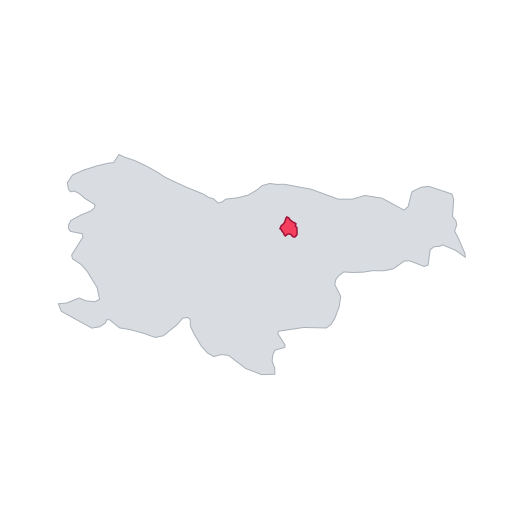 location of Velenje within Slovenia, rotated 16°
{"feature_id": "SVN-1001", "entity_name": "Velenje", "entity_type": "Municipality", "adm_level": 1, "iso_a3": "SVN", "parent_name": "Slovenia", "parent_adm1": "", "projection": "robinson", "projection_center": [15.138, 46.376], "detail": "fine", "context": "in_parent", "style": "filled", "palette": "rose", "viewbox_px": 512, "rotation_deg": 16, "n_neighbors": 0, "source": "natural_earth", "source_scale": "10m", "svg_char_len": 2182}
<svg xmlns="http://www.w3.org/2000/svg" viewBox="0 0 512 512"><g transform="rotate(16 256 256)"><path d="M457.5,199.5L446.1,195.5L432.4,193.9L429.9,196.0L424.4,198.2L421.7,202.0L423.9,217.2L420.6,219.7L405.0,218.3L399.9,220.0L391.5,230.5L382.9,235.0L371.8,238.1L363.7,241.9L353.4,245.2L344.7,247.2L341.2,251.8L339.1,256.9L339.7,261.8L348.6,271.5L349.9,281.9L348.9,294.5L346.9,301.3L343.4,305.8L321.4,311.6L298.6,322.0L298.1,324.4L308.5,333.6L308.9,335.9L300.3,341.1L299.4,346.4L300.4,352.5L305.0,358.8L306.7,364.4L294.1,368.5L277.1,367.0L257.0,359.1L249.9,360.3L243.1,364.3L236.1,362.6L228.4,357.8L217.6,347.7L212.3,341.5L210.2,335.0L207.2,334.0L202.7,335.9L199.0,343.9L188.9,358.2L181.5,362.1L170.2,361.3L154.5,361.5L144.7,362.7L132.8,357.6L129.9,358.6L129.8,361.9L125.3,367.1L118.0,370.6L84.0,362.8L79.2,356.4L86.9,353.4L97.6,345.1L104.9,346.0L113.7,344.3L117.6,340.8L112.1,330.3L98.1,317.4L90.6,312.5L80.3,309.2L78.5,305.8L84.4,285.4L82.7,282.5L70.9,283.5L68.2,281.3L67.3,277.8L68.1,273.0L76.1,265.1L85.0,258.0L87.4,254.1L87.1,251.0L75.8,247.9L69.0,244.7L63.6,243.6L59.9,245.4L57.2,243.4L54.5,237.5L57.3,228.6L67.5,220.3L78.5,213.0L88.0,207.7L93.5,205.4L96.2,196.2L101.8,197.2L113.0,197.7L125.5,199.7L137.1,202.3L147.4,205.5L168.9,208.9L188.5,211.0L194.4,212.8L199.2,212.7L205.1,215.5L208.6,213.3L211.2,209.7L221.9,205.3L231.7,199.6L238.6,192.3L242.5,186.6L249.3,182.5L256.5,181.4L263.0,179.3L290.8,176.6L319.3,178.7L332.9,174.8L344.0,167.8L360.4,165.8L361.2,165.7L385.7,171.1L387.6,168.0L388.6,166.6L388.1,151.3L395.8,144.4L402.9,141.4L427.3,142.4L430.5,147.1L431.9,154.3L434.1,164.1L438.2,166.7L440.4,170.6L440.0,177.3L444.9,182.3L456.1,195.9L457.5,199.5Z" fill="#d9dde1" stroke="#a8b0b8" stroke-width="1"/><path d="M274.8,210.0L275.6,210.0L277.3,210.5L278.8,211.9L282.8,213.4L283.7,213.4L284.8,213.7L285.5,214.0L285.6,215.0L285.5,215.7L285.5,216.4L287.4,217.3L288.8,221.7L289.2,222.8L289.4,224.1L289.4,224.7L288.2,227.0L286.3,227.4L283.3,225.6L281.7,225.7L280.7,226.1L279.8,227.0L278.7,228.7L277.1,227.7L276.1,226.2L274.1,225.0L273.4,224.0L271.5,223.1L271.9,219.9L273.5,217.6L274.2,215.4L274.4,211.2L274.8,210.0Z" fill="#f43f5e" stroke="#9f1239" stroke-width="1.5"/></g></svg>